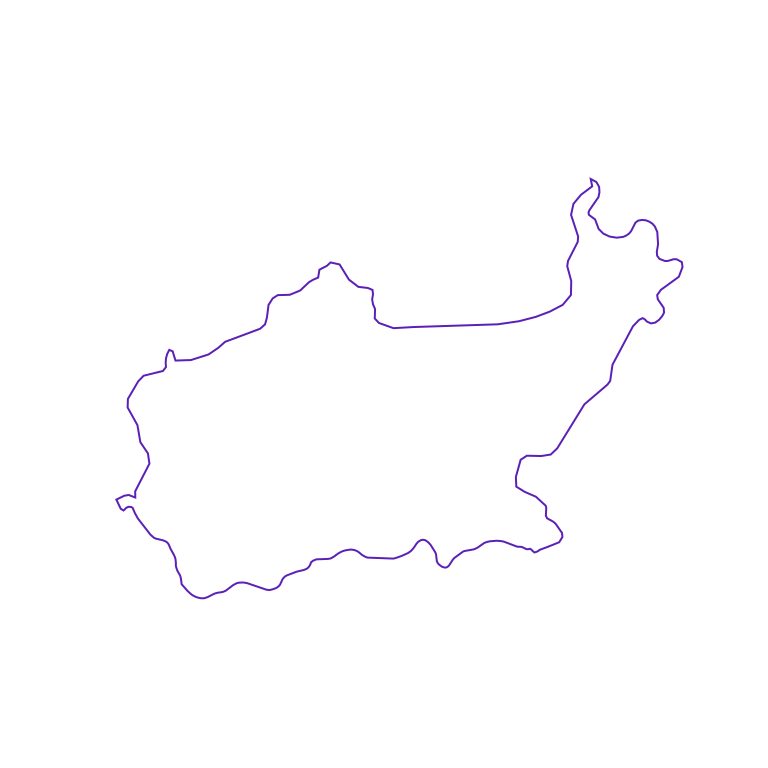 Salerno, Albers equal-area conic projection, rotated 113°
{"feature_id": "ITA-5400", "entity_name": "Salerno", "entity_type": "Province", "adm_level": 1, "iso_a3": "ITA", "parent_name": "Italy", "parent_adm1": "", "projection": "albers", "projection_center": [15.247, 40.421], "detail": "fine", "context": "isolated", "style": "outline", "palette": "violet", "viewbox_px": 768, "rotation_deg": 113, "n_neighbors": 0, "source": "natural_earth", "source_scale": "10m", "svg_char_len": 3478}
<svg xmlns="http://www.w3.org/2000/svg" viewBox="0 0 768 768"><g transform="rotate(113 384 384)"><path d="M595.0,585.2L588.3,579.4L585.9,575.6L585.7,568.6L580.0,571.1L549.0,568.8L540.1,574.2L532.8,585.5L518.2,594.9L505.8,610.8L497.8,613.9L477.6,611.3L470.3,608.5L458.4,592.6L453.6,591.3L449.7,593.3L445.5,594.7L441.1,595.3L436.5,595.0L436.5,591.3L443.9,585.1L437.4,571.1L425.3,557.0L415.3,550.6L407.3,546.8L381.5,519.6L375.6,516.8L368.7,517.7L356.3,521.2L348.7,519.9L343.7,516.5L338.7,505.6L330.7,497.7L319.5,492.8L315.6,489.9L311.8,486.2L304.0,488.1L297.5,482.7L293.0,480.7L291.3,471.6L301.6,457.1L304.6,445.6L301.9,436.3L301.9,431.3L305.9,429.1L310.7,428.0L315.0,425.2L318.5,421.5L327.3,418.1L329.8,412.5L328.9,397.1L319.9,378.8L284.6,302.6L273.5,284.3L262.9,270.5L252.5,259.6L241.3,250.4L229.1,246.7L216.0,251.9L203.9,261.4L198.8,262.7L177.5,261.2L172.4,262.9L155.2,277.9L144.1,280.0L132.8,276.6L120.7,269.6L114.5,273.8L115.1,267.4L118.5,263.0L123.3,260.6L128.1,259.6L144.1,262.9L146.5,262.7L148.3,261.3L150.0,254.0L157.4,247.0L159.9,240.8L160.1,233.8L158.4,227.0L155.2,221.4L152.7,219.0L150.0,217.3L147.0,216.3L137.3,215.6L134.4,214.0L132.1,210.5L131.0,206.9L130.9,203.1L131.6,199.4L133.2,196.2L137.2,191.9L148.3,186.3L155.8,184.5L159.2,182.7L161.2,179.3L161.0,173.4L159.8,170.8L156.0,166.2L154.8,163.3L155.5,157.4L159.7,154.9L170.1,154.5L189.1,165.9L195.4,167.3L199.0,165.1L204.6,156.3L208.9,154.1L212.6,154.4L217.3,155.8L221.5,158.3L223.9,161.9L223.8,166.3L222.6,169.2L222.3,171.6L225.2,174.2L233.6,177.4L277.0,181.2L292.8,177.0L297.3,178.1L324.4,191.6L375.6,199.4L383.8,203.0L388.9,211.2L394.2,224.5L400.3,228.6L418.0,226.3L426.8,222.1L428.3,212.5L428.4,200.1L432.9,187.5L434.7,186.2L441.9,183.6L443.9,181.4L444.6,174.4L445.7,171.2L451.6,161.9L455.1,160.0L461.2,160.9L470.2,169.9L475.8,175.9L477.7,176.9L479.4,178.6L480.3,179.8L479.6,182.0L478.9,183.5L478.6,185.1L479.8,186.8L480.4,188.5L480.2,190.8L480.2,193.8L481.7,197.9L482.3,212.3L483.0,215.3L484.2,218.9L487.3,224.9L489.4,227.8L491.3,229.7L497.7,233.7L500.4,235.9L501.5,237.3L506.2,244.5L507.3,245.7L516.7,251.3L518.8,252.0L525.6,253.2L527.4,254.0L528.7,255.1L529.4,257.0L529.5,259.5L528.6,263.1L527.5,265.1L526.0,266.4L521.4,269.0L519.9,270.0L518.7,271.3L513.9,278.2L512.7,280.7L512.2,282.3L511.8,284.1L511.7,285.3L512.1,287.1L513.2,288.9L515.9,290.9L518.4,291.7L523.2,292.6L527.1,293.9L530.2,295.8L535.5,300.7L540.1,305.8L541.1,307.3L550.2,331.2L550.4,333.7L549.9,337.5L548.6,341.8L548.4,343.3L548.3,345.2L548.7,347.7L549.5,350.2L551.8,353.9L553.3,355.9L554.9,357.6L557.7,359.8L562.5,362.7L565.3,364.8L566.9,367.2L571.8,377.7L574.4,380.3L576.7,381.5L578.7,381.3L580.9,381.5L582.7,382.1L584.4,383.0L586.8,385.5L590.9,391.1L598.1,398.6L599.5,399.7L601.2,400.5L603.1,401.1L609.4,401.3L611.2,401.9L612.8,402.7L614.2,403.8L616.6,406.4L618.6,409.2L619.3,412.1L620.8,432.3L621.7,436.0L623.2,439.2L624.0,440.6L625.2,442.0L628.1,444.3L636.1,448.9L637.4,450.1L638.6,451.4L641.3,455.8L642.4,457.2L643.6,458.5L649.0,463.0L651.4,465.7L652.2,467.4L652.9,469.4L653.4,472.3L653.5,474.8L653.3,477.1L653.0,479.0L651.3,483.9L647.4,492.0L642.3,495.0L639.9,496.9L636.8,501.0L634.7,503.0L632.8,504.5L629.5,505.9L626.4,507.7L625.1,508.8L623.5,510.5L619.2,516.0L615.9,519.4L614.8,521.1L614.2,523.2L614.3,526.9L615.5,533.6L615.4,535.8L613.9,540.2L603.9,558.1L600.2,562.8L596.2,567.0L596.0,568.6L596.9,571.3L598.3,572.5L599.4,573.3L601.0,573.7L602.2,574.4L601.7,577.6L595.0,585.2Z" fill="none" stroke="#5b21b6" stroke-width="2"/></g></svg>